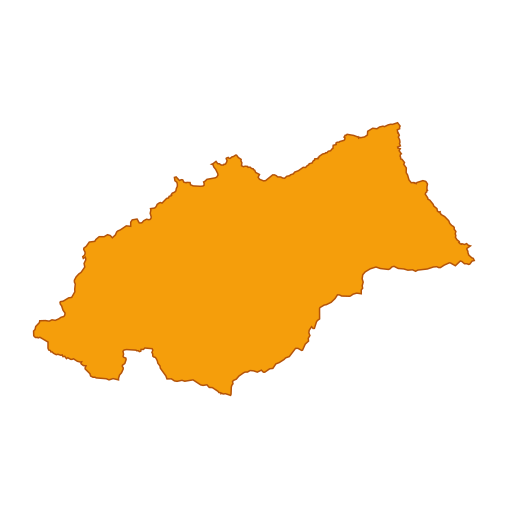 the district of Barbosa, Antioquia, Colombia, rotated 183°
{"feature_id": "7082276B32709171288134", "entity_name": "Barbosa", "entity_type": "district", "adm_level": 2, "iso_a3": "COL", "parent_name": "Colombia", "parent_adm1": "Antioquia", "projection": "albers", "projection_center": [-75.359, 6.439], "detail": "fine", "context": "isolated", "style": "filled", "palette": "amber", "viewbox_px": 512, "rotation_deg": 183, "n_neighbors": 0, "source": "geoboundaries", "source_scale": "gbopen_adm2", "svg_char_len": 6097}
<svg xmlns="http://www.w3.org/2000/svg" viewBox="0 0 512 512"><g transform="rotate(183 256 256)"><path d="M305.1,345.3L303.6,344.8L302.9,342.8L300.8,340.4L298.6,336.5L298.2,334.8L299.4,332.7L300.9,331.9L309.0,330.0L311.0,327.9L312.2,327.2L311.6,325.8L311.6,323.8L312.8,323.0L315.1,322.7L322.4,322.7L325.1,323.7L325.7,325.9L328.9,325.9L329.5,325.5L331.9,325.9L333.2,328.2L334.6,328.3L336.4,327.4L339.9,330.8L341.6,330.2L340.9,326.9L338.9,325.5L338.3,323.6L338.2,321.4L339.1,319.3L339.4,316.9L340.6,315.5L342.9,314.4L343.9,312.8L343.4,312.2L343.7,311.8L345.9,311.0L346.4,309.4L348.3,308.8L352.6,303.9L354.3,304.4L355.6,303.8L357.4,302.4L358.3,300.1L359.7,298.6L363.8,297.8L363.4,296.3L363.9,293.1L362.7,289.6L362.8,288.2L363.6,287.0L365.0,286.6L367.2,287.0L370.0,285.3L371.6,283.3L372.5,283.0L374.3,282.9L376.7,286.7L381.5,285.6L382.9,283.2L382.7,279.1L387.1,279.3L392.8,275.0L395.3,273.8L396.4,272.7L397.5,269.7L400.4,266.7L402.6,268.8L405.4,269.5L408.7,267.3L413.6,267.1L416.7,264.2L417.8,262.2L423.2,261.2L426.1,256.7L428.3,254.9L428.4,253.5L426.9,250.9L426.8,249.7L427.2,248.0L429.0,246.2L428.3,244.5L426.4,245.9L425.9,244.6L425.8,243.2L427.3,239.6L426.4,236.0L429.8,230.5L432.0,228.8L434.5,225.8L436.1,222.3L436.0,220.5L435.0,218.5L435.3,213.4L435.0,210.8L437.9,205.0L440.9,204.4L446.2,200.8L448.8,200.2L449.3,199.6L448.9,197.7L447.5,196.0L445.9,191.8L443.7,189.0L443.9,186.8L444.8,185.5L447.5,184.6L449.7,182.9L453.1,181.2L456.4,181.6L459.1,180.1L463.0,180.5L468.6,180.0L468.8,178.2L472.3,174.1L472.8,171.0L474.2,169.4L473.8,164.8L473.0,163.8L471.6,163.0L470.1,163.3L469.3,162.8L467.5,163.5L459.2,159.2L458.9,153.1L458.1,151.3L456.4,150.8L455.8,149.5L454.5,149.5L453.2,148.3L450.3,147.0L448.7,147.5L445.5,146.6L444.4,147.1L443.5,145.4L441.7,145.8L439.9,143.6L438.6,144.6L435.7,143.1L434.4,143.1L432.9,143.8L428.9,141.5L425.9,140.9L424.6,141.2L425.2,139.6L424.9,139.1L422.6,137.5L420.0,137.4L420.8,135.4L420.7,134.3L415.7,129.8L414.9,127.5L412.5,126.4L410.4,126.5L409.2,125.9L399.1,125.6L396.3,124.6L392.3,126.1L386.8,125.1L386.9,126.7L386.0,130.1L384.2,132.3L382.7,136.2L382.8,137.5L383.7,138.6L383.7,139.9L381.4,141.8L380.3,145.7L380.6,147.2L382.9,148.0L383.5,148.8L383.1,151.1L383.9,153.9L382.7,155.3L380.4,155.8L370.9,155.7L370.1,155.1L368.6,155.3L367.5,154.4L366.1,154.9L365.9,156.7L363.5,156.8L362.2,158.3L354.9,158.0L354.1,156.6L354.9,154.2L354.1,153.0L353.8,150.6L353.0,149.9L351.3,149.5L350.4,148.5L349.1,146.2L348.4,143.8L346.1,141.1L345.7,139.0L339.7,131.5L338.5,128.6L334.1,128.9L330.9,127.0L328.3,126.7L323.4,128.0L320.6,127.2L312.4,129.0L304.5,124.4L302.1,124.0L298.3,124.8L295.8,122.3L292.7,122.3L286.8,118.8L285.9,117.7L284.1,117.6L283.8,116.6L282.9,117.1L281.6,116.5L279.3,116.9L274.1,115.5L273.7,116.7L273.8,123.7L273.4,125.6L272.3,127.2L272.9,129.4L271.9,130.6L269.2,132.0L266.8,135.2L262.3,138.7L260.8,139.5L258.3,139.7L256.0,141.3L252.5,141.2L248.6,140.1L244.7,142.3L242.6,140.4L241.2,140.4L236.4,144.1L233.3,144.6L230.5,149.3L227.2,150.8L222.6,154.1L221.1,155.8L217.5,157.3L211.7,165.8L209.3,166.0L205.5,164.1L204.6,164.4L202.2,170.6L199.1,173.8L199.5,176.6L198.0,179.4L199.2,182.0L199.0,184.6L196.8,188.3L195.2,186.6L193.9,186.8L192.2,193.3L191.4,194.7L189.2,196.5L189.8,206.7L189.5,207.8L185.3,210.6L183.2,211.1L178.5,213.7L174.8,217.7L172.6,221.5L170.6,221.5L168.3,220.5L160.5,220.7L159.6,221.0L157.0,223.0L153.5,224.2L148.9,223.8L149.1,227.6L147.8,229.4L148.4,231.8L147.6,235.5L148.8,238.8L148.4,242.9L146.1,245.9L141.2,249.2L135.6,251.3L131.2,250.0L123.0,249.5L121.6,250.2L119.6,252.3L117.6,252.9L113.3,251.0L107.7,250.8L103.6,249.8L99.0,250.4L95.8,249.1L93.7,250.4L84.2,252.0L78.3,254.3L74.9,254.8L73.0,254.0L71.2,254.1L67.5,256.8L62.6,259.3L61.4,259.2L56.4,256.7L51.7,261.7L50.1,261.3L47.4,259.2L45.0,259.3L43.1,258.7L42.0,259.2L40.0,262.2L37.8,262.9L38.9,265.0L40.4,265.5L43.5,268.0L44.5,270.3L44.7,271.9L45.8,273.7L45.7,274.7L42.4,277.3L44.7,277.9L46.3,279.4L48.3,278.4L51.1,279.0L51.5,278.5L52.7,278.9L54.1,280.1L53.6,280.6L54.0,281.2L56.1,282.7L57.8,285.1L57.5,286.9L58.2,288.6L57.7,291.0L59.5,293.1L59.5,294.6L60.2,295.7L62.1,296.7L64.2,298.7L65.4,301.3L69.6,305.2L73.5,307.2L74.0,308.5L74.9,308.9L74.6,309.8L75.8,309.5L77.2,310.4L77.8,312.8L81.0,315.1L81.9,317.0L85.3,320.8L87.3,321.8L87.6,323.1L90.2,326.6L89.8,328.2L88.8,329.0L88.9,330.2L88.2,330.6L88.8,331.4L88.9,334.1L88.5,336.8L89.8,338.7L90.5,339.4L93.3,340.0L99.2,337.8L99.9,336.6L101.2,337.5L101.7,337.0L102.5,337.6L104.8,337.3L107.2,340.0L108.9,344.9L110.4,347.1L110.5,351.8L113.3,355.3L112.6,357.1L115.3,360.2L116.6,360.5L116.8,362.4L117.4,363.3L117.0,365.2L116.2,365.7L118.6,368.6L117.6,370.7L119.8,371.0L120.3,372.2L117.6,373.5L118.6,375.8L118.2,377.1L118.7,379.6L120.1,382.2L119.2,384.1L120.5,386.6L120.9,386.4L121.5,389.5L119.2,390.6L119.4,392.2L118.9,393.3L121.6,396.5L126.5,394.6L128.5,394.6L131.0,393.8L134.5,391.9L136.0,392.3L139.4,391.3L141.9,389.4L146.1,389.7L151.0,386.4L151.1,382.7L153.8,380.6L157.8,379.6L158.6,380.0L159.6,379.1L160.3,380.5L160.9,380.3L164.7,381.5L171.4,382.3L172.5,381.1L173.2,381.3L174.3,379.3L173.3,378.6L173.6,376.8L174.2,376.1L178.3,374.7L178.9,374.1L181.0,373.8L182.1,372.9L181.7,371.5L184.7,370.6L184.8,367.4L185.8,366.8L187.0,365.0L189.3,364.4L190.6,362.8L191.7,362.8L192.3,362.1L194.9,361.3L198.1,358.8L198.2,358.1L199.0,357.7L199.1,356.5L202.4,356.1L202.6,354.6L203.6,354.3L204.9,351.8L207.7,350.9L208.2,349.8L209.8,348.7L211.1,347.0L213.5,347.0L218.1,343.4L221.8,341.8L223.0,340.0L226.0,338.8L226.4,338.0L229.5,337.2L231.5,335.1L233.6,335.3L235.4,336.2L238.5,336.1L240.0,337.3L241.8,338.0L243.6,337.9L250.3,331.8L252.3,331.4L256.5,332.8L258.0,334.8L256.8,337.6L260.7,339.4L261.8,341.6L263.0,342.1L263.3,342.9L265.1,343.2L266.5,344.4L268.6,344.1L269.1,345.0L271.6,345.1L273.2,344.5L275.2,345.4L275.0,348.4L276.0,350.1L275.9,351.7L278.8,353.4L280.7,355.7L281.6,355.7L283.8,354.1L285.1,353.8L287.0,352.1L288.1,352.2L288.9,353.0L290.7,352.2L290.9,351.6L289.9,349.8L290.2,348.4L291.2,346.3L291.8,345.9L292.7,346.0L293.2,345.2L295.5,345.0L297.4,346.2L299.1,346.2L300.9,348.4L303.7,346.0L305.1,345.3Z" fill="#f59e0b" stroke="#b45309" stroke-width="1.5"/></g></svg>